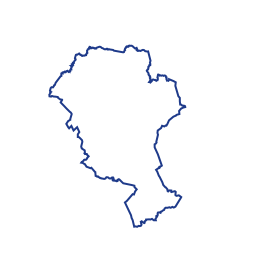 Rundēnu pag., Ludzas, Latvia, rotated 130°
{"feature_id": "27541924B20258321075970", "entity_name": "Rundēnu pag.", "entity_type": "district", "adm_level": 2, "iso_a3": "LVA", "parent_name": "Latvia", "parent_adm1": "Ludzas", "projection": "mercator", "projection_center": [27.772, 56.271], "detail": "fine", "context": "isolated", "style": "outline", "palette": "blue", "viewbox_px": 256, "rotation_deg": 130, "n_neighbors": 0, "source": "geoboundaries", "source_scale": "gbopen_adm2", "svg_char_len": 5834}
<svg xmlns="http://www.w3.org/2000/svg" viewBox="0 0 256 256"><g transform="rotate(130 128 128)"><path d="M182.9,130.9L182.0,130.5L182.9,125.1L182.8,124.7L185.5,122.0L185.2,121.3L185.2,120.7L184.8,120.4L184.7,119.6L184.4,119.6L184.4,118.5L184.2,117.8L184.3,117.3L184.1,117.0L184.0,116.6L183.8,116.5L183.6,115.7L183.4,115.5L182.3,113.5L181.2,112.8L179.6,112.9L178.7,111.7L178.6,109.8L177.8,108.8L176.1,108.4L175.6,107.8L175.8,107.6L175.8,107.2L175.7,107.0L175.8,106.8L176.3,106.7L176.4,106.3L177.5,106.6L177.8,106.3L177.9,105.8L177.2,104.6L176.6,104.2L176.2,102.6L175.4,101.9L175.0,102.0L174.7,102.7L174.4,102.7L173.1,102.1L173.0,101.2L173.3,98.0L173.4,96.1L169.4,88.7L168.1,86.0L169.1,85.0L169.4,81.9L172.0,81.8L175.1,80.7L175.7,81.9L184.7,82.0L187.0,82.5L192.9,69.6L194.6,67.4L195.6,65.2L199.6,59.8L198.6,59.1L197.8,57.5L196.1,56.9L195.5,55.8L194.3,55.2L193.1,55.7L192.8,56.5L192.4,56.7L191.6,57.9L190.8,57.6L190.9,57.4L190.6,56.7L190.5,54.5L190.4,54.4L190.0,54.3L188.6,55.2L187.1,54.8L186.5,55.3L184.4,53.1L183.7,52.0L182.2,51.2L182.1,48.9L180.8,47.4L180.1,48.5L177.4,48.8L177.3,49.7L176.8,49.6L176.4,49.2L176.0,49.1L174.9,49.8L174.3,50.5L173.5,50.7L172.6,49.9L172.1,48.6L171.1,49.1L170.5,48.6L168.8,48.3L167.5,47.7L166.1,48.2L164.7,47.8L164.0,46.7L162.1,45.3L161.9,44.5L161.6,44.0L159.9,43.3L159.8,42.7L159.6,42.4L159.5,41.8L157.8,41.1L147.0,42.7L146.7,42.8L146.9,45.8L148.7,47.1L149.0,48.3L148.4,49.0L146.3,50.3L146.3,51.5L149.2,53.6L149.2,53.8L148.1,54.7L149.3,56.3L150.8,56.5L150.8,57.2L149.6,58.5L149.2,61.0L149.4,61.4L149.0,64.3L147.5,66.8L145.0,72.6L144.8,73.6L142.6,77.6L142.0,79.6L139.3,78.9L139.1,78.6L138.4,78.2L137.9,78.3L138.1,78.7L137.9,79.0L137.5,79.0L136.7,78.4L135.1,77.9L128.9,88.3L125.7,95.1L123.4,97.1L122.1,96.7L120.8,96.8L120.3,97.5L113.9,100.7L112.8,102.3L110.8,103.6L106.8,102.6L104.4,103.3L103.4,101.1L101.9,100.8L101.5,100.1L99.6,100.4L95.8,101.5L90.1,100.5L87.6,99.2L86.8,99.3L84.3,97.6L82.1,99.8L79.0,99.8L76.8,98.8L75.2,97.6L74.6,98.3L74.8,99.2L76.0,101.0L75.9,102.3L76.5,103.1L74.3,105.4L71.6,107.7L71.3,109.8L65.7,118.2L65.3,118.8L62.3,120.8L62.8,123.3L64.2,127.8L64.6,127.4L65.9,127.4L66.2,128.4L66.6,128.6L65.9,129.9L65.3,130.1L64.5,131.0L64.8,131.3L63.9,132.5L64.1,133.6L65.2,134.3L65.3,135.0L65.6,135.5L66.6,136.2L67.0,137.4L67.5,137.5L67.5,137.8L67.4,138.9L67.8,139.3L70.4,137.9L70.4,137.5L71.6,136.4L72.5,136.1L73.1,136.8L73.7,136.8L73.7,138.1L74.1,138.4L74.7,140.0L75.9,140.4L76.7,139.9L78.8,140.1L78.8,140.7L79.2,141.3L77.1,141.5L76.3,142.3L75.9,143.0L75.4,142.9L75.1,143.3L74.7,143.7L74.8,144.1L74.5,144.2L74.0,144.9L74.2,145.6L73.9,146.0L73.9,146.6L72.9,147.4L72.2,150.2L72.0,150.5L70.8,150.6L70.5,150.3L70.1,150.3L69.0,151.0L68.7,151.0L68.4,151.5L67.9,151.8L67.4,151.6L66.4,151.9L66.0,151.6L65.8,151.9L65.3,151.5L64.4,152.3L64.0,153.1L62.0,154.0L56.4,161.8L56.9,162.2L58.1,164.2L58.0,165.7L58.3,166.4L58.8,167.0L61.0,168.0L61.8,169.7L62.5,169.8L62.8,170.3L62.6,170.8L62.7,171.4L62.0,171.6L61.8,172.2L61.4,172.2L61.1,172.9L62.5,173.5L62.5,175.7L62.4,176.8L62.6,178.0L63.7,179.3L63.8,179.7L64.6,180.3L65.3,179.9L65.8,180.1L66.0,180.3L66.1,181.3L66.9,181.6L67.8,181.1L68.7,181.4L70.0,180.9L70.2,180.3L71.5,180.3L72.4,179.9L73.1,180.3L77.8,188.5L77.8,189.6L79.5,192.4L79.6,192.8L80.3,193.2L80.4,194.1L81.0,194.3L80.8,194.7L80.8,195.1L82.5,196.1L82.9,197.0L83.1,198.5L83.5,199.4L83.5,201.1L84.1,202.1L86.6,203.6L87.1,203.8L87.5,203.5L88.2,204.6L88.5,204.5L88.7,205.1L88.5,205.4L88.7,206.0L89.2,206.3L89.2,206.8L89.9,207.2L89.9,207.3L90.1,207.6L90.3,207.5L90.4,207.9L90.2,208.1L90.2,208.9L90.4,209.3L90.7,209.1L90.8,209.4L91.0,209.3L91.4,208.7L91.5,208.9L92.0,209.0L92.3,208.9L92.3,209.2L92.6,209.1L93.6,209.4L94.5,209.0L95.0,209.1L95.7,208.4L96.4,208.1L96.6,207.4L98.5,207.5L98.7,207.1L99.1,206.9L99.7,207.5L100.4,207.7L100.6,208.2L102.1,209.3L102.0,209.8L102.3,209.9L102.2,211.1L102.6,211.4L102.6,212.1L102.3,212.7L102.3,213.3L104.5,214.0L104.9,214.7L105.5,214.9L108.7,213.5L109.2,212.7L109.1,212.4L109.4,212.3L109.5,212.0L111.6,212.1L112.7,211.5L113.4,212.2L113.6,212.0L113.6,211.5L114.0,211.7L114.3,211.6L114.2,211.4L114.4,211.3L114.6,211.5L114.8,211.0L115.0,211.2L115.0,210.8L115.4,210.5L115.9,211.1L116.3,210.9L116.2,211.3L116.7,211.2L116.9,211.4L116.9,211.0L117.3,211.1L117.6,210.8L117.6,210.6L117.3,210.5L117.7,210.3L117.6,210.2L118.5,209.9L119.2,209.9L119.4,209.4L119.7,209.4L119.8,209.1L120.6,209.6L121.1,209.4L121.5,208.9L121.8,209.1L122.4,208.8L122.4,209.4L123.1,209.6L123.0,209.8L123.1,210.5L123.0,210.8L123.0,211.0L123.9,211.2L124.0,211.6L124.7,211.6L124.8,212.0L125.3,212.2L125.7,211.9L125.8,212.0L125.7,212.2L125.7,212.6L126.2,212.5L126.4,212.7L126.4,212.9L126.7,213.0L126.7,213.3L127.1,213.6L127.5,213.8L128.1,213.3L128.2,213.8L128.7,213.8L128.9,214.1L129.5,213.9L130.1,213.2L130.9,212.5L131.8,212.9L139.8,212.5L142.1,211.7L143.0,212.1L143.5,211.7L145.1,211.6L145.9,212.8L147.0,212.9L148.5,212.3L149.3,211.6L149.5,211.7L150.0,211.0L149.9,210.3L150.2,210.4L150.5,210.1L150.9,210.4L151.5,209.8L153.0,209.7L154.2,208.5L153.4,207.1L152.6,207.0L152.3,206.7L151.7,205.2L150.8,204.0L149.4,201.7L149.8,201.1L149.7,198.4L148.7,196.7L148.8,196.5L151.7,196.0L152.2,191.0L152.6,187.7L153.0,182.9L152.9,181.9L153.3,180.4L153.7,180.0L158.5,177.9L158.8,177.5L161.2,178.3L164.5,177.9L165.9,174.1L166.1,172.9L162.8,172.7L164.9,168.1L160.1,167.5L162.4,162.7L165.1,162.4L167.1,160.7L166.6,160.2L166.6,158.1L166.9,155.4L167.9,154.1L172.2,152.0L172.7,151.4L172.9,150.8L173.4,150.3L173.0,146.8L174.4,145.3L175.4,145.1L175.6,144.2L174.9,143.5L174.4,142.7L174.9,141.9L175.0,140.9L174.8,140.6L175.0,139.9L177.0,140.1L177.5,139.8L178.9,139.7L179.5,139.9L180.1,140.9L180.8,141.2L181.4,141.0L183.2,141.3L183.7,141.6L184.6,141.5L183.8,140.2L183.7,138.7L183.4,137.8L183.5,137.2L183.9,136.6L184.0,135.6L184.3,135.2L184.3,134.7L184.1,134.3L182.9,130.9Z" fill="none" stroke="#1e3a8a" stroke-width="2"/></g></svg>